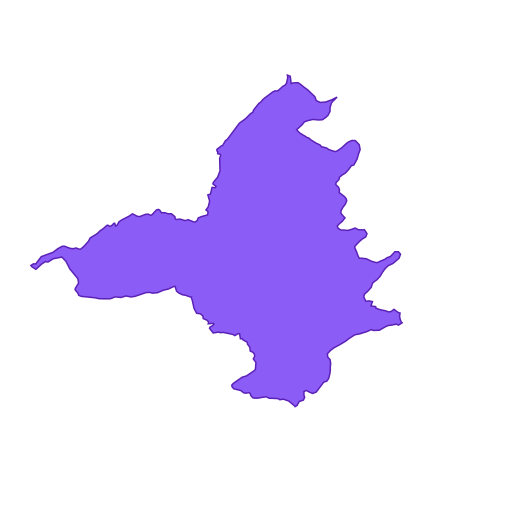 the district of Gueckedou, Guéckédou, Guinea, rotated 46°
{"feature_id": "49546643B20526276358370", "entity_name": "Gueckedou", "entity_type": "district", "adm_level": 2, "iso_a3": "GIN", "parent_name": "Guinea", "parent_adm1": "Guéckédou", "projection": "natural_earth1", "projection_center": [-10.315, 8.69], "detail": "fine", "context": "isolated", "style": "filled", "palette": "violet", "viewbox_px": 512, "rotation_deg": 46, "n_neighbors": 0, "source": "geoboundaries", "source_scale": "gbopen_adm2", "svg_char_len": 5887}
<svg xmlns="http://www.w3.org/2000/svg" viewBox="0 0 512 512"><g transform="rotate(46 256 256)"><path d="M147.7,107.8L149.7,109.2L152.9,114.0L153.3,116.7L152.6,118.6L152.4,124.8L152.2,125.5L151.9,126.4L150.4,127.6L150.1,128.6L149.6,130.0L148.5,138.9L148.2,141.9L148.6,146.1L148.2,147.8L149.3,156.3L150.4,158.5L149.8,161.0L149.9,165.5L150.0,168.1L148.9,175.7L149.1,176.9L149.9,181.7L152.2,195.7L151.8,197.8L153.3,203.1L152.7,204.6L152.7,204.8L152.1,210.0L153.1,210.9L153.3,211.1L153.8,211.1L154.5,211.0L155.0,211.6L155.8,212.5L157.4,211.4L157.8,211.2L159.0,211.3L160.5,214.3L169.8,222.8L172.7,229.0L172.8,230.1L172.8,230.5L173.4,235.5L174.2,236.9L178.2,236.4L178.6,237.8L176.1,240.0L178.0,242.9L179.8,245.8L178.6,248.2L184.3,251.2L187.5,256.3L188.1,260.0L190.8,259.7L192.8,262.2L189.6,268.2L188.5,271.1L189.6,273.6L189.4,276.0L189.1,276.3L188.5,277.0L182.7,279.6L181.9,281.4L181.4,282.3L176.7,285.0L175.9,286.0L174.2,288.1L173.1,288.3L171.4,287.0L166.9,287.5L164.8,289.6L164.3,290.1L164.2,290.1L163.9,290.3L161.6,291.4L159.2,293.9L157.2,293.6L155.9,293.4L155.2,293.7L154.6,293.9L154.2,294.8L153.7,295.7L154.1,302.2L153.4,303.6L150.9,304.5L149.3,306.5L146.8,312.4L145.9,313.1L144.8,313.9L144.2,314.1L141.3,315.0L139.8,315.7L139.4,318.2L139.2,319.5L137.4,325.5L136.8,327.5L136.2,330.7L137.4,334.6L137.0,336.1L135.6,335.5L134.3,334.9L134.0,335.3L133.8,335.4L133.8,337.6L133.9,339.2L132.9,340.6L131.0,341.1L130.4,341.9L130.3,344.9L130.1,347.9L129.7,349.6L129.6,350.2L129.6,354.5L129.3,356.1L127.8,362.9L129.0,366.1L129.5,372.5L129.3,376.7L129.2,377.5L128.0,378.6L125.3,379.8L123.6,382.6L121.5,384.3L115.7,387.1L114.3,388.9L113.7,391.1L113.0,393.8L112.6,397.3L112.3,399.6L110.8,402.9L107.3,410.9L108.7,419.9L107.0,421.6L106.4,424.5L108.0,424.7L110.8,424.0L112.7,423.6L112.9,415.5L113.5,412.8L113.7,411.5L114.4,411.0L115.9,409.7L117.1,403.8L121.9,396.4L123.9,396.4L125.8,396.4L127.9,396.4L136.0,398.9L148.5,399.9L152.2,402.4L153.7,408.2L153.8,408.5L154.6,409.6L158.8,409.9L161.1,410.8L163.6,409.8L168.4,405.7L174.8,400.4L177.9,398.4L185.5,390.6L187.6,385.7L189.8,383.8L192.0,382.0L193.8,378.5L194.4,377.3L194.8,377.0L198.5,374.5L200.9,371.2L205.9,360.6L206.9,359.5L207.9,358.1L210.8,356.3L213.3,353.2L213.9,352.5L216.3,346.3L218.9,342.0L219.5,340.2L220.4,337.3L220.7,336.8L221.6,335.3L226.2,337.6L229.2,337.2L232.9,335.8L235.2,334.0L236.5,333.4L239.1,332.1L240.5,331.2L240.5,331.3L242.0,331.9L243.9,332.8L250.7,337.0L255.3,338.3L255.9,338.5L258.9,336.2L262.0,335.8L264.4,337.4L268.0,335.9L269.2,335.9L270.4,335.8L271.6,337.5L274.0,334.5L274.9,333.4L275.8,333.7L275.9,334.3L275.9,334.6L276.0,335.4L275.2,338.5L275.3,338.7L275.8,339.7L279.7,340.1L281.6,340.3L283.3,337.9L284.9,335.5L286.1,335.2L288.3,332.6L291.1,330.7L296.0,327.3L298.1,326.6L298.6,326.5L299.4,322.9L300.5,321.8L304.7,324.7L305.9,323.4L307.4,323.6L310.0,322.8L311.8,322.2L313.1,323.0L313.4,323.3L314.7,323.5L317.5,323.9L320.4,326.2L322.8,325.2L325.2,325.2L326.4,326.0L327.2,326.6L327.7,328.0L328.1,329.4L330.3,329.7L332.6,330.0L334.1,331.8L336.2,334.1L337.0,335.1L337.1,335.3L337.3,336.6L335.7,345.8L335.6,346.2L335.1,347.2L333.5,350.3L333.5,350.7L333.0,353.7L331.9,360.7L331.9,360.9L331.9,361.3L332.1,363.2L333.6,364.1L336.1,364.2L342.2,360.4L345.4,360.0L346.0,359.7L347.2,359.1L349.6,355.8L350.8,355.7L352.9,356.7L353.9,356.7L355.2,356.8L355.7,356.8L357.0,356.0L359.2,353.7L359.4,353.6L362.2,349.4L363.0,348.4L364.4,346.4L367.3,345.4L367.5,345.3L371.0,341.9L374.1,339.1L374.5,339.0L375.9,338.7L376.5,337.9L377.9,335.8L383.1,333.2L391.2,332.3L391.5,332.5L391.7,332.2L392.0,329.8L391.6,329.5L391.3,327.8L390.7,325.9L392.6,322.0L391.4,319.1L389.4,318.2L386.8,315.7L387.7,313.2L390.5,312.3L394.2,310.8L395.7,307.2L394.8,301.3L393.8,294.9L395.2,292.0L394.6,288.9L391.9,284.5L389.7,281.8L387.0,279.2L385.4,277.1L382.0,274.7L378.5,274.6L375.9,272.5L375.7,267.6L376.2,263.7L378.2,256.4L379.5,250.8L380.0,246.4L381.3,239.7L384.1,235.4L387.4,228.8L389.0,224.3L391.1,223.3L395.1,218.8L396.8,212.0L397.9,209.1L399.8,206.6L402.4,202.5L404.7,201.5L405.6,197.3L405.5,197.2L404.5,197.5L403.6,197.1L401.7,196.3L399.0,194.5L397.1,192.0L395.6,192.9L390.2,193.8L389.8,197.4L388.3,199.5L385.2,201.0L381.0,203.9L376.8,206.0L375.5,205.1L371.8,208.0L369.7,203.9L366.8,205.9L364.9,208.4L360.5,207.0L358.8,204.6L359.0,200.3L358.6,194.9L356.6,191.3L356.6,188.6L357.1,185.4L356.8,180.8L355.5,176.1L354.8,171.6L354.8,167.6L356.5,162.7L357.0,154.7L355.1,150.8L351.9,150.6L349.4,153.1L349.6,156.1L349.7,159.9L348.4,162.5L347.8,165.9L346.1,170.1L345.3,172.8L344.0,174.3L339.7,176.7L334.7,178.5L330.9,181.6L329.3,183.3L326.3,182.3L322.8,180.7L319.7,179.6L317.8,178.6L317.5,174.7L317.4,171.2L317.6,167.7L318.5,163.9L317.1,160.7L314.5,160.1L312.3,159.8L311.4,161.0L310.5,162.0L308.2,164.1L304.7,165.3L303.4,168.4L301.4,172.2L298.3,174.8L296.5,176.8L293.0,177.7L290.9,176.7L290.7,174.1L291.0,170.0L290.4,165.5L287.7,165.5L284.1,165.2L282.4,163.2L281.3,159.4L280.7,155.6L279.2,152.3L277.3,151.3L274.8,151.1L270.3,151.7L268.2,152.1L266.4,150.0L264.0,148.9L260.4,149.0L260.2,149.0L258.9,147.7L258.6,143.1L257.3,141.1L257.6,137.7L258.4,134.2L258.2,129.8L257.7,126.8L257.3,124.6L258.5,122.5L257.5,119.2L257.3,118.5L256.5,116.0L253.8,111.3L251.8,107.2L247.6,104.4L242.0,104.4L239.6,106.6L238.3,110.0L237.8,112.7L237.8,114.7L237.7,119.1L237.1,123.0L236.4,126.0L233.8,127.8L229.9,129.7L227.7,130.1L225.4,131.3L222.9,133.0L220.5,132.8L216.7,134.3L212.7,135.3L210.3,135.9L208.0,136.0L206.1,137.0L203.8,137.5L201.8,138.1L200.4,138.4L197.9,139.1L193.4,139.1L193.6,131.2L193.1,128.0L194.5,124.9L197.3,120.2L201.6,116.5L204.1,113.6L204.5,111.4L204.8,109.4L204.8,106.5L203.4,102.3L200.7,99.7L198.3,95.4L198.1,93.5L198.1,90.9L198.0,87.3L196.3,92.9L193.7,98.8L190.2,103.1L186.1,104.7L182.3,103.0L172.7,103.4L167.1,104.3L163.9,104.6L160.5,105.4L157.3,109.0L156.4,110.9L155.4,110.2L153.7,108.9L150.5,106.5L147.7,107.8Z" fill="#8b5cf6" stroke="#5b21b6" stroke-width="1.5"/></g></svg>